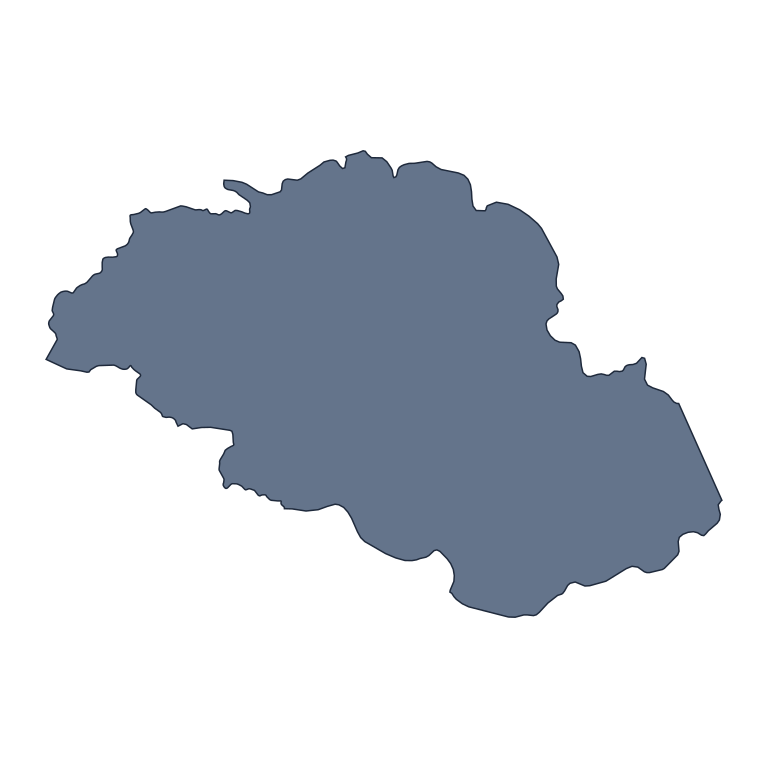 the border of Northern Areas
{"feature_id": "PAK-1111", "entity_name": "Northern Areas", "entity_type": "Centrally Administered Area", "adm_level": 1, "iso_a3": "PAK", "parent_name": "Pakistan", "parent_adm1": "", "projection": "albers", "projection_center": [74.17, 35.776], "detail": "fine", "context": "isolated", "style": "filled", "palette": "slate", "viewbox_px": 768, "rotation_deg": 0, "n_neighbors": 0, "source": "natural_earth", "source_scale": "10m", "svg_char_len": 6080}
<svg xmlns="http://www.w3.org/2000/svg" viewBox="0 0 768 768"><path d="M557.0,257.0L558.7,264.4L556.2,278.9L556.3,286.2L557.5,289.0L561.3,293.6L562.9,296.0L563.3,299.2L561.4,300.7L558.8,302.0L556.9,304.5L556.8,306.4L558.0,309.7L557.9,311.7L557.2,313.1L556.2,314.1L548.9,318.9L547.0,320.9L546.0,323.9L547.0,330.0L550.4,335.8L555.0,340.2L559.7,342.2L571.1,342.7L575.4,345.1L579.1,351.7L580.6,358.7L581.4,366.2L583.0,372.7L587.2,376.3L590.8,376.5L597.8,374.4L601.2,373.9L604.2,374.5L606.6,375.3L608.9,375.3L614.3,371.2L616.9,371.2L619.5,371.6L622.3,371.1L623.4,370.0L625.1,366.7L626.5,365.6L628.1,365.0L629.7,364.7L633.0,364.5L636.5,363.3L641.9,357.5L644.6,358.3L646.2,364.2L644.5,379.1L647.5,385.1L652.6,387.8L663.4,391.5L668.3,395.0L672.0,399.9L673.9,402.0L676.6,403.4L678.7,403.5L721.9,500.3L721.0,501.0L718.2,504.8L718.9,509.3L720.3,514.3L719.4,520.0L717.2,523.2L708.4,530.7L705.6,534.0L703.8,535.6L701.5,535.2L697.5,532.7L693.4,531.7L688.1,532.3L682.9,534.3L679.3,537.3L678.2,541.5L679.0,551.3L677.7,554.8L664.3,568.4L662.4,569.5L649.5,572.6L646.9,572.6L644.4,571.8L637.8,567.1L632.0,566.3L626.3,568.6L605.9,581.2L589.8,585.7L584.9,586.0L575.2,582.0L570.0,583.3L567.6,585.5L564.6,590.9L562.7,593.4L561.6,594.1L557.6,595.4L547.9,603.0L539.3,612.3L536.3,614.8L533.5,615.6L527.1,614.9L523.9,614.9L515.2,617.2L508.5,617.0L468.7,606.8L462.4,603.8L456.4,599.4L454.0,596.7L451.8,593.3L449.9,592.1L450.2,590.2L453.9,581.4L454.3,575.6L453.3,569.4L450.7,563.6L447.1,558.7L440.0,551.4L436.9,549.9L434.1,550.6L428.8,555.6L425.9,557.2L420.0,558.5L416.6,559.8L412.0,560.6L405.0,560.5L395.7,557.9L385.6,553.6L364.8,541.6L360.7,537.6L357.5,531.8L351.6,518.3L347.9,512.1L343.7,507.4L338.9,504.8L335.1,504.2L327.3,506.4L318.2,509.7L306.0,511.0L292.2,508.9L284.4,508.7L284.4,507.6L284.2,507.2L283.6,506.5L281.5,504.6L281.1,503.7L281.0,503.0L281.2,501.6L281.0,501.1L280.4,500.9L277.6,500.9L271.3,500.3L270.5,500.0L269.6,499.5L266.7,496.6L266.4,496.1L266.2,495.5L265.6,495.0L264.6,494.8L262.3,494.9L261.0,495.3L259.9,495.9L258.9,495.6L258.2,495.2L254.5,490.4L250.6,489.0L249.0,488.7L246.3,489.7L245.5,489.8L244.7,489.3L241.8,486.2L239.0,484.7L237.3,484.0L236.1,483.8L232.4,483.7L231.9,483.8L230.9,484.4L227.8,487.6L227.2,488.1L226.3,488.4L225.8,488.4L225.1,488.0L224.3,487.2L223.3,485.5L223.2,484.6L223.2,483.9L223.6,482.9L224.0,480.1L224.0,479.3L223.7,478.4L219.4,470.6L219.1,469.9L219.1,468.6L219.7,463.5L219.6,461.8L219.6,461.3L220.2,459.7L223.7,453.9L225.2,450.3L227.5,448.5L231.2,446.4L232.6,445.8L233.3,445.4L233.7,444.9L233.8,444.4L233.3,442.4L232.9,434.8L232.8,434.2L231.9,431.2L229.9,430.3L210.7,427.3L201.3,427.5L192.2,428.9L186.4,424.5L182.9,423.7L178.0,426.2L176.1,422.2L175.5,420.3L174.0,418.8L172.8,418.0L171.6,417.5L169.9,417.2L169.1,417.1L166.1,417.4L163.4,416.7L162.8,416.5L162.4,416.1L161.7,414.1L161.3,413.4L160.4,412.3L154.7,408.2L151.2,404.8L137.5,395.2L136.6,394.3L136.1,393.4L135.8,392.4L135.8,389.8L136.7,380.3L136.9,379.8L137.3,379.2L140.1,376.5L140.5,375.8L140.6,375.2L140.4,374.6L139.9,373.9L135.5,370.8L133.8,369.4L131.7,367.1L131.2,366.1L130.9,365.7L130.4,365.6L129.7,366.2L128.5,367.7L127.3,368.7L126.6,369.0L125.6,369.2L124.0,369.3L122.4,369.1L120.2,368.3L119.1,367.7L117.8,366.9L115.6,365.7L114.5,365.3L113.6,365.1L98.8,365.6L96.4,366.3L90.7,369.7L89.0,372.0L86.9,372.2L80.6,370.8L66.7,368.9L46.1,359.4L57.1,339.7L57.3,339.1L56.1,335.6L55.9,334.2L55.0,332.8L50.4,328.6L49.7,327.3L49.5,326.7L49.0,325.2L48.7,324.0L48.7,323.1L49.1,321.3L49.5,320.6L53.4,315.6L53.7,314.5L53.5,313.5L52.2,310.8L52.2,310.2L52.6,307.3L54.4,299.9L54.8,298.7L55.4,297.6L56.4,296.3L57.6,294.8L58.8,293.7L60.8,292.2L62.9,291.5L64.6,291.2L66.0,291.1L67.7,291.3L71.6,293.0L72.5,293.0L73.3,292.7L76.5,288.1L77.3,287.4L80.1,285.5L82.3,284.5L84.5,283.9L85.4,283.4L87.0,282.3L92.6,275.8L93.9,274.8L95.1,274.2L99.6,273.2L100.8,272.3L101.8,271.0L102.2,270.0L102.3,269.1L102.2,266.9L102.2,262.4L102.9,259.1L103.7,258.3L105.3,257.5L108.2,257.1L112.6,257.2L116.3,256.7L116.9,256.4L117.4,255.7L117.6,254.4L117.4,253.4L116.2,250.6L116.2,249.9L116.7,249.3L117.6,248.7L125.4,245.8L127.3,244.3L128.5,242.6L129.0,241.3L129.5,239.0L129.9,238.1L131.9,235.1L133.2,232.7L133.4,232.1L133.4,231.5L133.1,230.0L130.8,223.9L130.3,221.6L130.2,217.5L130.0,215.9L130.3,215.2L131.0,214.8L133.8,214.5L138.7,213.3L140.4,212.5L144.8,209.1L145.5,208.7L146.3,208.9L147.8,210.0L150.2,212.4L150.9,212.8L151.6,212.9L155.3,212.2L159.3,211.9L161.8,212.1L163.1,212.1L165.7,211.4L180.7,205.9L182.7,206.1L186.2,206.8L195.0,209.8L195.9,209.9L199.0,209.6L200.7,209.7L201.4,209.9L202.5,210.5L203.4,210.5L204.2,210.2L206.2,209.2L206.9,209.1L207.5,209.6L208.7,211.6L209.6,212.8L210.2,213.4L210.9,213.8L211.7,213.8L215.6,213.7L216.7,214.0L218.3,214.8L219.1,214.9L219.9,214.8L221.6,213.8L224.5,211.1L225.4,210.7L226.5,210.8L227.6,211.3L230.5,212.7L231.3,212.8L232.1,212.5L235.0,210.5L235.6,210.4L237.2,210.5L241.8,211.8L244.9,213.1L247.8,213.8L248.6,213.7L249.5,213.2L249.8,212.1L249.6,209.6L249.7,208.8L250.3,207.2L250.4,206.4L249.8,202.9L248.8,201.8L247.1,200.2L238.9,194.6L236.8,192.3L234.9,191.1L233.3,190.5L227.9,189.5L226.8,189.0L225.3,188.1L224.5,187.1L224.1,186.2L223.7,183.9L224.1,180.2L233.1,180.6L242.0,182.3L246.6,184.2L258.5,191.9L262.9,193.0L267.2,194.7L271.5,194.7L280.1,191.8L281.5,190.0L282.2,183.7L283.2,181.2L285.3,179.6L287.7,179.0L297.3,180.2L300.8,178.9L307.9,173.0L320.1,165.2L323.9,162.0L330.0,160.3L333.1,160.1L336.0,161.0L337.0,162.0L339.7,165.9L342.5,168.5L344.9,167.8L345.9,162.0L346.4,160.6L346.6,159.2L346.3,158.0L345.6,156.9L348.4,155.4L357.8,153.0L363.1,150.8L365.3,151.3L367.4,154.2L371.4,157.7L382.1,157.9L386.8,161.7L391.1,168.1L392.2,170.3L393.1,175.9L393.9,177.6L395.9,176.8L396.8,175.0L398.0,169.7L399.4,167.4L401.5,165.9L404.1,164.7L409.1,163.4L414.6,163.3L427.1,161.4L429.8,161.9L431.9,163.1L436.1,166.8L441.1,169.5L458.4,173.0L464.0,175.3L467.9,179.2L470.4,184.7L471.5,191.7L471.9,199.2L473.0,206.0L476.2,210.5L485.1,210.8L486.0,209.5L486.4,207.6L487.3,205.8L496.4,202.2L508.1,204.3L519.7,209.8L528.9,216.1L537.7,223.8L541.5,228.4L557.0,257.0Z" fill="#64748b" stroke="#1e293b" stroke-width="1.5"/></svg>